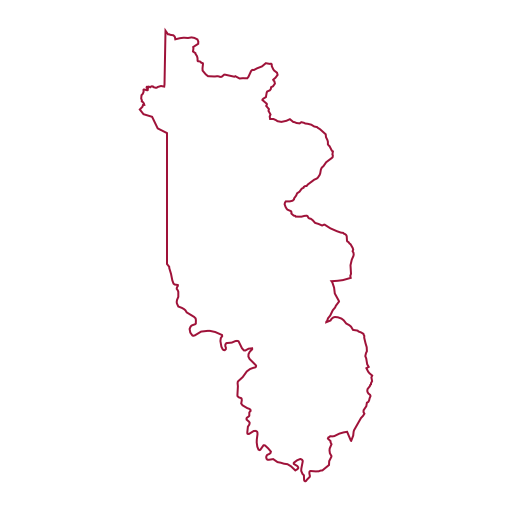 Huong Hoa, Quảng Trị, Vietnam (Mercator projection)
{"feature_id": "81297802B55643895945103", "entity_name": "Huong Hoa", "entity_type": "district", "adm_level": 2, "iso_a3": "VNM", "parent_name": "Vietnam", "parent_adm1": "Quảng Trị", "projection": "mercator", "projection_center": [106.685, 16.705], "detail": "fine", "context": "isolated", "style": "outline", "palette": "rose", "viewbox_px": 512, "rotation_deg": 0, "n_neighbors": 0, "source": "geoboundaries", "source_scale": "gbopen_adm2", "svg_char_len": 6009}
<svg xmlns="http://www.w3.org/2000/svg" viewBox="0 0 512 512"><path d="M332.8,155.2L332.4,154.4L332.9,151.4L331.9,150.8L329.5,146.1L328.7,145.5L327.9,144.3L327.9,141.8L327.4,140.0L326.0,137.2L325.7,134.3L320.0,129.2L317.6,127.7L317.1,127.1L314.2,126.5L311.3,124.7L307.8,123.8L305.2,123.5L303.9,122.8L301.3,122.2L299.6,123.4L296.5,123.0L294.4,122.1L293.3,122.0L289.9,119.2L286.4,120.8L281.4,121.9L277.5,121.2L275.9,120.1L273.4,119.0L270.1,119.0L269.7,116.5L270.5,114.5L268.5,110.9L268.9,109.1L266.2,105.9L266.7,105.1L266.9,104.1L266.6,103.6L262.4,100.0L262.5,99.5L263.4,98.6L265.9,97.1L266.7,92.6L267.2,91.5L269.9,90.3L270.8,89.0L271.1,87.2L273.0,86.3L274.9,83.6L274.4,81.3L273.5,80.5L273.2,79.7L275.5,77.7L277.6,74.9L277.0,72.7L274.1,70.5L273.2,69.2L271.8,66.2L271.7,64.3L271.0,63.7L269.7,63.9L265.8,63.2L262.0,66.4L257.1,68.3L253.9,70.0L252.3,69.9L251.1,71.0L248.4,76.9L247.2,78.3L242.7,78.2L239.6,78.5L235.3,76.2L234.5,76.7L233.8,76.6L224.8,74.6L224.1,74.7L221.9,76.6L221.0,76.9L220.1,76.9L218.8,76.4L217.2,76.2L214.8,76.5L208.0,76.2L205.7,74.3L202.6,70.6L202.5,68.3L203.0,63.8L202.7,63.1L201.3,62.8L200.5,61.8L199.9,61.5L197.9,61.2L197.6,60.8L197.5,58.1L197.0,56.2L195.6,54.0L195.4,53.1L193.0,51.5L193.4,48.5L193.2,47.0L198.2,43.8L198.3,41.6L197.4,39.4L194.3,37.9L191.5,37.4L188.0,38.0L183.8,37.7L179.9,38.2L175.3,39.3L175.0,37.4L174.6,36.5L173.4,35.3L170.1,34.8L169.4,34.3L168.0,34.3L165.5,30.7L164.5,84.4L164.2,86.6L161.0,86.0L157.7,87.0L156.7,87.7L155.9,87.8L153.6,87.2L153.2,86.6L152.6,86.6L152.2,86.3L151.3,86.4L150.2,87.3L148.8,86.6L148.3,87.0L148.1,87.7L147.7,86.9L147.1,86.7L146.8,86.8L146.6,87.6L147.8,89.2L147.7,90.1L147.2,90.3L144.4,89.5L143.7,89.5L143.5,89.8L143.6,91.8L142.8,93.8L141.5,95.2L141.2,98.5L141.9,100.4L141.8,101.4L142.9,102.1L143.9,103.5L144.3,104.9L143.0,105.0L142.5,106.7L139.8,109.5L143.5,114.2L152.1,116.8L157.7,128.4L167.0,133.1L167.0,264.0L169.2,266.8L169.3,268.2L171.0,273.8L172.3,280.3L173.5,283.6L174.6,284.5L177.8,285.0L177.9,285.8L176.9,287.5L176.7,288.8L177.8,290.4L178.3,291.8L178.3,296.9L177.0,300.0L176.7,302.0L176.9,303.4L178.3,306.5L181.9,307.9L184.0,309.1L185.4,310.3L186.7,312.4L194.1,316.9L195.6,318.4L195.9,320.2L195.8,323.6L195.2,324.2L192.1,325.3L191.2,325.9L190.4,327.0L189.6,329.0L190.3,332.6L192.3,335.4L193.1,335.8L194.8,335.4L201.1,331.6L207.3,330.9L210.1,330.9L215.2,332.0L222.0,335.0L222.2,336.1L220.8,338.1L220.4,341.0L221.4,346.7L222.7,349.3L223.5,350.0L224.7,350.2L225.8,349.2L225.9,347.7L225.3,346.2L225.3,345.4L225.4,344.4L226.4,343.1L231.8,342.6L235.3,341.1L236.9,340.9L237.9,341.0L238.6,341.4L242.0,348.3L243.9,350.4L245.3,350.5L248.6,348.7L252.1,348.3L252.2,349.1L251.9,349.6L249.8,351.7L248.5,354.2L248.4,356.6L249.6,359.0L255.7,365.1L256.1,365.8L255.9,366.8L255.2,367.4L253.1,367.9L250.1,369.0L246.8,371.4L242.7,377.1L238.2,381.2L237.8,381.8L237.6,383.2L237.9,386.3L237.4,395.3L237.6,396.3L238.9,397.4L241.3,398.2L241.6,398.7L241.8,400.3L241.2,403.5L242.5,405.3L247.2,408.1L249.4,408.9L250.3,409.6L250.6,410.2L250.5,411.1L250.0,411.4L249.3,412.6L249.3,415.7L248.8,416.4L246.8,417.8L246.5,418.5L246.6,419.6L248.9,421.6L249.6,422.6L249.6,423.3L249.3,424.6L247.9,426.7L247.3,432.2L247.4,433.6L248.0,434.0L249.1,433.9L253.7,431.0L255.8,430.9L257.1,431.7L257.4,432.4L257.5,434.2L256.8,439.5L256.7,442.4L257.3,446.7L258.5,449.6L259.5,450.1L260.3,449.8L263.5,445.3L264.0,445.2L265.1,445.5L268.2,448.4L270.9,451.6L270.5,453.0L269.4,453.9L267.2,454.9L266.4,456.2L266.2,457.2L266.5,458.7L267.4,459.7L268.8,459.8L273.2,459.1L277.5,462.1L280.7,462.7L283.9,463.7L287.5,464.2L291.0,466.3L295.3,470.4L297.5,469.1L298.2,468.2L298.2,467.3L297.4,466.1L293.8,463.9L293.7,463.1L294.0,462.6L297.1,460.3L300.0,459.1L300.6,459.0L302.1,459.8L302.7,460.8L302.7,461.6L301.3,468.7L301.2,470.9L302.5,473.9L303.9,475.3L304.1,480.0L304.5,480.9L305.2,481.3L306.1,480.9L307.0,479.6L309.7,476.9L309.9,476.0L309.4,473.6L309.4,472.0L309.8,471.3L310.7,471.0L315.6,471.4L318.7,471.3L320.5,470.6L322.4,470.4L329.0,465.0L329.2,461.1L331.4,456.7L331.4,455.9L329.9,453.3L329.5,450.3L329.7,448.5L331.5,444.2L330.6,442.5L330.5,441.1L327.9,438.6L328.3,437.5L329.8,436.7L330.2,436.2L332.2,436.4L334.3,436.1L339.4,433.6L343.6,432.4L347.1,431.8L350.9,440.7L351.2,440.8L353.2,435.6L353.6,431.8L354.0,430.3L361.0,418.0L363.0,415.9L364.4,413.7L363.5,412.1L363.6,410.2L366.3,406.2L366.9,402.7L368.3,401.9L369.1,400.4L369.6,398.3L370.5,396.1L370.4,395.6L370.1,394.9L368.3,393.4L367.4,391.7L367.3,390.4L367.6,389.0L369.9,386.1L370.2,385.0L371.0,384.3L371.0,383.2L372.1,381.1L371.4,377.4L372.2,375.6L369.5,373.3L368.2,371.7L366.4,368.2L368.7,366.9L367.2,364.3L366.2,358.4L365.3,356.1L366.0,353.1L366.9,351.2L366.7,347.2L365.5,343.2L364.2,337.7L364.3,335.9L363.6,334.6L363.4,333.8L361.0,332.4L358.5,331.5L357.6,330.6L353.0,329.9L351.0,326.6L349.3,325.2L346.2,323.5L343.7,320.3L341.5,318.6L337.9,317.3L335.0,317.0L333.4,317.4L331.6,318.8L330.5,320.5L326.3,322.2L326.4,321.6L327.1,321.0L328.0,318.3L330.2,315.6L332.8,310.2L335.1,307.5L335.9,305.7L339.0,301.6L338.8,300.8L334.8,293.5L334.1,287.7L332.3,282.3L331.5,281.2L337.5,280.8L342.9,280.1L350.7,277.9L350.3,275.9L351.0,273.8L350.5,265.2L351.8,259.6L353.4,256.0L353.7,254.7L353.5,252.8L352.6,251.2L353.2,249.7L352.7,248.0L350.6,244.3L349.5,243.5L348.5,242.1L347.3,241.4L347.0,240.8L346.7,236.2L346.2,235.1L345.2,234.2L344.1,233.8L343.2,232.9L340.9,232.6L336.9,231.2L330.3,228.3L324.7,224.7L324.2,224.6L322.1,225.5L318.4,223.9L315.1,222.9L312.6,220.1L310.7,218.7L309.4,218.5L308.5,217.9L307.5,216.1L306.7,215.7L304.4,215.9L301.4,216.7L295.7,216.6L295.2,215.9L293.7,215.6L291.5,213.7L291.3,213.1L291.5,212.2L291.0,211.2L287.4,209.6L286.6,208.7L285.5,206.8L284.6,204.2L285.0,202.6L285.8,201.4L289.8,201.4L292.6,200.7L294.0,199.4L294.1,198.4L296.2,195.5L297.1,193.3L299.5,191.7L301.7,188.7L303.6,187.7L303.8,186.9L305.1,186.1L306.6,186.0L307.8,184.5L314.2,179.7L316.7,178.6L317.8,177.7L319.6,175.0L320.2,173.4L320.9,169.5L321.8,167.6L323.4,166.2L326.2,162.2L332.3,157.6L332.7,157.0L332.8,155.2Z" fill="none" stroke="#9f1239" stroke-width="2"/></svg>